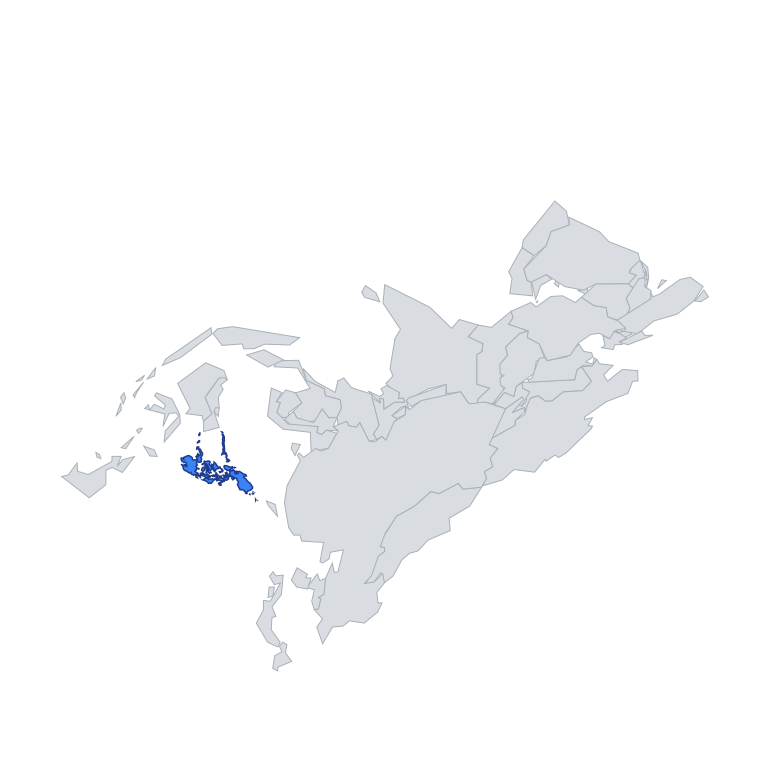 Asia, with Philippines highlighted, rotated 132°
{"feature_id": "PHL", "entity_name": "Philippines", "entity_type": "country or territory", "adm_level": 0, "iso_a3": "PHL", "parent_name": "Asia", "parent_adm1": "", "projection": "albers", "projection_center": [122.681, 12.951], "detail": "fine", "context": "in_parent", "style": "filled", "palette": "blue", "viewbox_px": 768, "rotation_deg": 132, "n_neighbors": 45, "source": "natural_earth", "source_scale": "50m", "svg_char_len": 18589}
<svg xmlns="http://www.w3.org/2000/svg" viewBox="0 0 768 768"><g transform="rotate(132 384 384)"><path d="M393.6,242.5L385.6,244.8L381.9,250.8L372.8,247.9L368.1,255.5L355.9,256.4L358.8,265.2L355.2,268.7L327.3,259.1L323.1,262.1L312.4,259.0L298.2,266.2L289.6,261.8L288.6,252.5L283.8,247.8L270.0,245.7L256.0,232.1L243.3,231.7L239.0,248.8L231.4,241.6L223.4,242.1L224.7,237.4L216.9,226.2L230.3,226.9L232.3,219.8L213.7,216.6L204.3,204.4L211.8,197.3L215.7,201.1L227.7,196.5L248.8,207.1L274.6,212.9L276.2,211.2L269.5,206.6L278.4,204.4L275.8,200.9L278.2,200.1L313.8,202.6L321.8,205.1L322.4,209.4L332.9,211.9L332.1,214.0L348.7,213.0L360.6,230.2L376.2,231.9L393.6,242.5Z" fill="#d9dde1" stroke="#a8b0b8" stroke-width="1"/><path d="M239.0,248.8L243.3,231.7L256.0,232.1L270.0,245.7L283.8,247.8L288.6,252.5L289.6,261.8L296.4,265.8L310.9,260.9L307.6,263.9L319.5,269.6L312.7,271.8L307.2,270.3L308.2,266.8L301.6,266.6L296.6,271.6L292.6,270.5L294.4,278.2L290.6,282.6L253.2,245.2L244.3,250.1L239.0,248.8Z" fill="#d9dde1" stroke="#a8b0b8" stroke-width="1"/><path d="M665.8,526.9L668.5,561.7L663.0,557.8L648.1,559.3L653.9,553.2L649.0,543.1L623.6,534.4L619.8,537.7L613.7,530.9L623.5,527.2L615.0,527.5L604.9,520.9L624.8,519.2L627.8,530.0L634.0,533.0L645.0,523.3L665.8,526.9ZM573.3,564.4L570.2,570.9L564.4,571.5L567.4,566.5L573.3,564.4ZM627.6,552.3L626.8,548.3L628.9,544.5L630.4,548.5L627.6,552.3ZM532.6,493.2L529.3,498.1L538.6,511.3L531.9,511.8L521.7,537.8L487.5,530.7L481.1,512.0L485.6,503.4L490.1,510.5L509.0,508.8L513.7,507.8L521.2,492.0L532.6,493.2ZM590.1,534.7L605.0,532.6L607.2,536.7L590.1,534.7ZM584.1,536.9L580.1,536.0L578.9,533.7L584.8,533.3L584.1,536.9ZM589.6,504.1L594.1,509.7L590.9,521.0L586.7,510.6L589.6,504.1ZM549.5,509.1L574.3,508.5L565.5,515.1L545.4,515.0L544.5,519.2L549.7,524.1L563.5,519.8L552.9,526.8L562.5,545.5L557.1,545.2L560.0,540.8L552.8,541.3L549.8,530.8L545.9,532.4L546.5,546.4L542.8,547.2L537.0,531.6L543.3,515.4L549.5,509.1ZM548.4,570.0L537.7,567.8L543.2,566.8L548.4,570.0ZM543.4,563.9L555.7,562.1L561.0,560.2L560.2,563.1L543.4,563.9ZM531.5,559.9L538.7,563.3L524.5,564.7L531.5,559.9ZM462.2,545.3L500.5,552.9L518.5,561.1L511.6,562.9L457.9,550.2L462.2,545.3ZM449.1,516.2L463.6,530.1L460.9,545.0L454.4,544.7L442.7,534.9L406.0,477.7L418.2,480.3L434.3,499.4L444.6,504.1L451.7,511.8L449.1,516.2Z" fill="#d9dde1" stroke="#a8b0b8" stroke-width="1"/><path d="M574.0,567.0L579.1,561.9L587.3,561.6L574.0,567.0Z" fill="#d9dde1" stroke="#a8b0b8" stroke-width="1"/><path d="M131.8,258.5L125.3,264.1L120.8,275.9L120.8,266.1L128.1,258.2L131.8,258.5Z" fill="#d9dde1" stroke="#a8b0b8" stroke-width="1"/><path d="M137.2,255.2L128.2,258.2L137.1,253.0L137.2,255.2Z" fill="#d9dde1" stroke="#a8b0b8" stroke-width="1"/><path d="M129.0,262.4L124.2,266.6L127.5,261.1L129.0,262.4Z" fill="#d9dde1" stroke="#a8b0b8" stroke-width="1"/><path d="M129.0,262.4L146.1,262.8L146.0,269.6L134.4,269.3L137.4,276.0L125.8,279.4L120.8,275.9L129.0,262.4Z" fill="#d9dde1" stroke="#a8b0b8" stroke-width="1"/><path d="M193.9,329.5L205.9,333.5L219.5,328.1L208.6,343.6L194.1,336.7L193.9,329.5Z" fill="#d9dde1" stroke="#a8b0b8" stroke-width="1"/><path d="M190.8,325.7L191.6,321.7L195.2,319.1L195.5,324.4L190.8,325.7Z" fill="#d9dde1" stroke="#a8b0b8" stroke-width="1"/><path d="M181.7,292.8L184.8,302.2L176.6,296.7L181.7,292.8Z" fill="#d9dde1" stroke="#a8b0b8" stroke-width="1"/><path d="M146.0,269.6L146.1,262.8L158.4,261.2L162.8,252.1L171.5,249.3L180.5,253.4L184.4,262.6L178.7,270.1L185.5,280.5L187.6,295.3L167.6,293.4L146.0,269.6Z" fill="#d9dde1" stroke="#a8b0b8" stroke-width="1"/><path d="M209.9,342.8L219.0,332.5L232.7,351.0L219.7,359.6L217.2,366.5L190.2,372.6L188.0,358.2L204.9,357.1L211.2,347.2L209.9,342.8ZM221.4,325.2L219.0,326.0L220.9,324.6L221.4,325.2Z" fill="#d9dde1" stroke="#a8b0b8" stroke-width="1"/><path d="M449.8,443.9L452.9,432.5L469.3,435.7L472.0,431.9L477.7,438.1L476.7,444.8L467.2,448.6L469.4,452.2L454.1,453.0L449.8,443.9Z" fill="#d9dde1" stroke="#a8b0b8" stroke-width="1"/><path d="M465.0,433.1L452.9,432.5L449.8,443.9L436.8,435.9L429.9,458.9L444.7,477.2L438.9,479.7L423.5,463.3L433.3,444.1L427.4,425.3L431.8,419.7L424.9,406.2L430.2,399.6L440.4,396.5L446.1,402.4L444.0,413.2L455.8,409.7L463.5,415.2L467.5,426.0L465.0,433.1Z" fill="#d9dde1" stroke="#a8b0b8" stroke-width="1"/><path d="M476.7,434.3L465.0,433.1L467.5,426.0L459.8,410.4L444.0,413.2L446.1,402.4L440.4,396.5L449.6,393.1L449.4,386.6L456.8,395.9L463.3,396.4L465.0,401.5L459.9,404.6L476.9,424.7L476.7,434.3Z" fill="#d9dde1" stroke="#a8b0b8" stroke-width="1"/><path d="M440.4,396.5L430.2,399.6L424.9,406.2L431.8,419.7L427.4,425.3L433.3,444.1L426.6,454.6L428.1,436.7L422.9,414.6L412.6,420.4L406.4,417.9L408.5,405.8L399.9,386.4L417.8,360.0L428.3,358.3L430.0,352.0L436.5,356.8L429.0,376.0L434.6,375.6L438.6,382.2L436.7,386.7L446.5,389.0L440.4,396.5Z" fill="#d9dde1" stroke="#a8b0b8" stroke-width="1"/><path d="M458.7,454.1L469.4,452.2L467.2,448.6L476.7,444.8L478.0,428.7L459.9,404.6L465.0,401.5L463.3,396.4L456.8,395.9L452.2,386.0L469.0,382.3L482.7,393.2L469.2,406.4L485.1,428.7L485.8,449.1L462.5,465.1L458.7,454.1Z" fill="#d9dde1" stroke="#a8b0b8" stroke-width="1"/><path d="M598.3,284.8L593.9,292.3L583.5,298.1L586.9,305.0L569.7,306.5L573.0,300.1L567.5,297.4L571.4,294.2L580.1,288.0L586.6,289.6L585.8,287.1L595.1,282.1L598.3,284.8Z" fill="#d9dde1" stroke="#a8b0b8" stroke-width="1"/><path d="M577.0,308.3L587.6,303.7L593.3,312.9L591.7,321.7L578.7,325.6L576.7,313.5L580.4,312.6L577.0,308.3Z" fill="#d9dde1" stroke="#a8b0b8" stroke-width="1"/><path d="M395.4,242.4L417.2,238.6L440.2,245.8L448.6,236.7L470.4,246.8L485.5,247.1L492.7,251.8L503.0,253.0L520.6,248.8L531.5,250.7L526.8,260.1L537.8,258.8L545.9,263.5L515.5,273.1L508.0,271.5L505.3,274.4L507.5,277.8L500.5,281.7L473.8,286.3L454.2,279.6L432.6,277.3L428.4,269.6L408.2,262.3L409.2,255.0L395.4,242.4Z" fill="#d9dde1" stroke="#a8b0b8" stroke-width="1"/><path d="M430.0,352.0L428.3,358.3L417.8,360.0L402.3,383.5L400.5,374.4L397.8,377.7L395.3,374.5L402.6,367.1L390.2,364.0L384.0,356.6L381.7,360.1L385.1,363.5L380.1,366.9L383.1,368.8L382.2,383.0L372.1,382.7L368.6,389.8L342.8,406.3L332.3,408.4L324.6,438.8L309.7,449.9L296.3,401.4L297.4,370.9L285.7,371.2L277.1,353.4L292.5,352.9L287.7,337.3L294.4,332.9L300.1,334.5L322.0,314.8L316.5,302.8L332.2,304.0L337.7,300.5L341.9,307.5L338.6,321.9L349.2,330.9L342.9,337.5L357.9,347.8L381.4,356.5L386.1,347.9L385.9,353.3L390.3,355.9L402.1,356.8L401.0,351.5L424.5,345.0L424.6,350.6L430.0,352.0Z" fill="#d9dde1" stroke="#a8b0b8" stroke-width="1"/><path d="M400.5,374.4L399.8,390.9L396.2,378.7L391.4,377.9L389.6,383.1L383.3,381.0L380.1,366.9L385.1,363.5L381.7,360.1L384.0,356.6L390.2,364.0L402.6,367.1L395.3,374.5L397.8,377.7L400.5,374.4Z" fill="#d9dde1" stroke="#a8b0b8" stroke-width="1"/><path d="M401.0,351.5L402.1,356.8L385.9,353.3L392.8,347.6L401.0,351.5Z" fill="#d9dde1" stroke="#a8b0b8" stroke-width="1"/><path d="M382.8,348.6L381.4,356.5L377.2,356.0L342.9,337.5L351.5,330.0L371.4,345.2L382.8,348.6Z" fill="#d9dde1" stroke="#a8b0b8" stroke-width="1"/><path d="M337.7,300.5L332.2,304.0L316.5,302.8L322.0,314.8L300.1,334.5L294.4,332.9L287.7,337.3L292.5,352.9L277.1,353.4L270.0,342.0L244.9,338.2L248.3,332.4L256.2,331.4L248.0,312.2L255.6,316.9L275.2,318.3L279.8,311.5L292.2,310.9L309.4,289.9L326.1,289.9L330.0,297.0L337.7,300.5Z" fill="#d9dde1" stroke="#a8b0b8" stroke-width="1"/><path d="M275.7,279.5L297.2,284.0L306.4,279.0L309.7,288.7L317.3,286.3L326.1,289.9L306.2,291.5L306.9,296.5L302.1,301.7L297.5,300.6L298.7,304.4L292.2,310.9L279.8,311.5L275.2,318.3L255.6,316.9L248.0,312.2L253.6,308.6L250.3,295.5L256.9,282.7L265.2,286.0L275.7,279.5Z" fill="#d9dde1" stroke="#a8b0b8" stroke-width="1"/><path d="M290.6,282.6L294.4,278.2L292.6,270.5L308.2,266.8L309.2,270.6L301.0,272.6L321.1,277.1L325.5,288.3L309.7,288.7L306.4,279.0L297.2,284.0L290.6,282.6Z" fill="#d9dde1" stroke="#a8b0b8" stroke-width="1"/><path d="M310.9,260.9L323.1,262.1L327.3,259.1L355.2,268.7L321.1,277.1L301.0,272.6L302.1,269.9L319.5,269.6L307.6,263.9L310.9,260.9Z" fill="#d9dde1" stroke="#a8b0b8" stroke-width="1"/><path d="M223.4,242.1L231.4,241.6L236.5,248.4L244.3,250.1L253.2,245.2L285.4,277.2L284.5,280.2L281.2,277.8L261.4,285.8L256.9,282.7L257.5,278.4L241.3,266.2L223.9,266.0L226.1,257.4L221.9,250.6L224.1,246.9L232.7,248.9L229.5,242.1L224.0,245.5L223.4,242.1Z" fill="#d9dde1" stroke="#a8b0b8" stroke-width="1"/><path d="M187.6,295.3L185.5,280.5L178.7,270.1L184.4,262.6L179.2,248.7L180.8,241.5L189.3,247.8L199.5,246.5L202.1,257.7L208.8,263.5L223.2,267.0L238.0,264.9L257.5,278.4L250.3,295.5L253.6,308.6L248.0,312.2L256.2,331.4L248.3,332.4L244.9,338.2L225.2,329.4L224.8,322.4L207.2,318.5L199.0,310.3L195.5,296.4L187.6,295.3Z" fill="#d9dde1" stroke="#a8b0b8" stroke-width="1"/><path d="M130.4,261.1L137.2,255.2L135.9,248.1L142.2,242.6L169.2,249.5L162.8,252.1L158.4,261.2L135.0,265.0L130.4,261.1Z" fill="#d9dde1" stroke="#a8b0b8" stroke-width="1"/><path d="M191.1,248.2L180.0,236.9L180.9,232.9L189.6,237.1L191.1,248.2Z" fill="#d9dde1" stroke="#a8b0b8" stroke-width="1"/><path d="M180.5,253.4L142.2,242.6L137.8,246.5L139.2,242.5L132.7,239.4L108.3,234.0L99.7,227.8L98.1,212.0L115.2,209.3L136.0,212.9L156.4,225.6L177.1,229.2L184.5,241.2L180.8,241.5L180.5,253.4ZM102.1,201.1L110.9,203.6L114.2,208.5L100.2,209.1L102.1,201.1Z" fill="#d9dde1" stroke="#a8b0b8" stroke-width="1"/><path d="M332.6,456.3L330.8,462.0L323.2,463.6L321.7,450.7L325.7,442.1L332.6,456.3Z" fill="#d9dde1" stroke="#a8b0b8" stroke-width="1"/><path d="M489.2,412.4L485.0,405.6L496.7,402.2L493.9,410.0L489.2,412.4ZM321.1,277.1L358.8,265.2L355.9,256.4L368.1,255.5L372.8,247.9L381.9,250.8L385.6,244.8L395.4,242.4L409.2,255.0L408.2,262.3L428.4,269.6L432.6,277.3L454.2,279.6L473.8,286.3L494.7,283.1L507.5,277.8L505.3,274.4L508.0,271.5L515.5,273.1L534.7,265.1L545.4,265.1L537.8,258.8L525.6,258.2L531.5,250.7L543.8,249.8L550.6,242.2L548.1,238.9L557.7,236.1L574.9,238.7L583.2,251.3L591.4,252.5L599.1,259.6L618.1,255.8L609.6,271.3L599.7,272.5L598.3,284.8L595.1,282.1L585.8,287.1L586.6,289.6L580.1,288.0L567.5,297.4L551.7,302.6L557.2,295.0L554.7,292.4L534.4,303.2L545.0,311.3L550.6,307.8L558.1,309.9L558.9,312.6L542.1,322.9L555.8,339.9L552.5,345.4L556.7,349.9L554.6,358.6L538.8,378.6L524.1,388.1L497.0,394.8L494.9,400.7L492.0,400.8L492.2,394.6L477.5,391.5L476.1,385.9L469.0,382.3L449.4,386.6L449.6,393.1L436.7,386.7L438.6,382.2L434.6,375.6L429.0,376.0L436.5,356.8L433.0,351.9L424.6,350.6L424.5,345.0L405.2,351.3L392.8,347.6L385.9,352.2L386.1,347.9L371.4,345.2L338.6,321.9L341.9,307.5L330.0,297.0L321.1,277.1Z" fill="#d9dde1" stroke="#a8b0b8" stroke-width="1"/><path d="M553.6,374.6L551.8,388.5L549.6,393.1L546.3,384.2L553.6,374.6Z" fill="#d9dde1" stroke="#a8b0b8" stroke-width="1"/><path d="M195.1,233.4L200.6,238.7L205.1,236.7L211.4,246.5L207.5,245.7L201.6,253.7L199.5,246.5L191.1,248.2L188.5,241.5L187.5,234.2L194.4,237.3L195.1,233.4ZM189.3,247.8L186.3,246.1L184.5,241.2L188.5,243.7L189.3,247.8Z" fill="#d9dde1" stroke="#a8b0b8" stroke-width="1"/><path d="M167.7,216.7L191.7,229.1L195.2,236.9L172.1,227.8L173.3,222.6L167.7,216.7Z" fill="#d9dde1" stroke="#a8b0b8" stroke-width="1"/><path d="M433.3,474.8L449.0,481.4L454.4,505.5L438.9,496.1L433.3,474.8ZM532.6,493.2L521.2,492.0L513.7,507.8L490.1,510.5L486.3,507.2L485.6,503.4L494.1,504.7L495.5,500.0L504.8,498.2L511.9,490.5L518.3,491.8L526.4,477.4L540.0,486.2L532.6,493.2Z" fill="#d9dde1" stroke="#a8b0b8" stroke-width="1"/><path d="M519.1,485.5L518.3,491.8L514.4,493.4L511.9,490.5L519.1,485.5Z" fill="#d9dde1" stroke="#a8b0b8" stroke-width="1"/><path d="M653.8,297.7L647.2,318.8L632.3,322.5L625.5,328.9L621.6,323.1L601.3,327.7L606.5,331.4L603.5,340.5L597.8,340.8L598.9,336.0L593.5,331.0L609.2,319.3L624.4,318.2L629.1,308.8L632.5,311.0L642.1,303.4L645.4,288.3L650.5,287.0L653.8,297.7ZM665.2,273.4L668.4,271.1L669.9,276.3L659.0,283.4L651.2,280.7L649.0,286.1L643.6,286.6L642.6,281.8L649.8,277.3L651.9,267.0L665.2,273.4ZM608.3,329.6L615.8,324.6L620.3,327.3L611.7,333.5L608.3,329.6Z" fill="#d9dde1" stroke="#a8b0b8" stroke-width="1"/><path d="M188.0,358.2L190.2,372.6L183.7,376.9L133.7,379.4L133.6,364.1L141.6,352.6L159.1,361.8L172.7,356.0L188.0,358.2Z" fill="#d9dde1" stroke="#a8b0b8" stroke-width="1"/><path d="M120.7,276.7L134.1,277.7L137.4,276.0L134.4,269.3L146.0,269.6L167.6,293.4L180.8,298.5L190.5,314.5L194.1,336.7L209.9,342.8L211.2,347.2L204.9,357.1L172.7,356.0L159.1,361.8L141.6,352.6L136.4,358.3L126.7,325.8L127.8,312.1L116.8,282.8L120.7,276.7Z" fill="#d9dde1" stroke="#a8b0b8" stroke-width="1"/><path d="M130.1,244.6L120.7,247.3L118.3,243.4L130.1,244.6Z" fill="#d9dde1" stroke="#a8b0b8" stroke-width="1"/><path d="M551.3,411.9L555.3,413.7L556.3,413.5L556.9,412.6L557.5,412.8L557.8,413.5L557.0,415.0L556.9,417.2L557.3,418.5L558.2,419.3L558.3,420.0L558.9,420.3L556.8,425.6L554.9,426.2L553.9,427.0L553.9,428.5L552.8,430.4L554.4,433.7L554.0,434.1L554.0,434.6L554.8,437.0L555.5,437.8L557.2,438.3L557.6,437.9L557.1,437.1L558.7,436.1L559.4,436.1L561.1,436.8L561.8,438.1L562.0,439.3L562.7,439.3L563.1,438.8L562.9,438.0L563.2,437.6L563.8,438.1L565.9,438.8L566.1,439.0L565.9,439.5L564.5,439.9L565.9,442.0L565.8,442.9L567.7,443.3L567.3,446.0L566.3,445.3L566.6,444.0L564.9,444.0L563.2,443.3L563.1,442.3L562.4,441.1L560.7,440.1L559.3,438.4L558.6,438.6L558.8,439.8L559.7,441.3L559.7,442.1L559.3,442.5L558.1,440.6L556.4,439.1L554.8,438.3L553.3,438.8L552.5,439.9L551.1,439.7L549.7,438.5L549.1,438.4L548.6,439.0L548.5,436.8L550.2,435.1L550.3,434.2L548.4,432.9L548.4,435.1L547.6,435.3L546.6,433.4L545.7,433.0L544.7,427.5L544.0,426.5L544.1,425.1L544.4,424.7L546.1,426.3L547.3,425.9L546.9,422.9L547.5,421.2L547.6,418.8L547.3,417.3L548.6,412.5L549.8,411.9L551.3,411.9ZM578.1,464.2L579.2,464.4L579.2,465.3L579.8,466.3L579.9,466.9L578.9,468.3L580.2,468.9L580.7,470.5L580.6,472.6L581.4,473.4L581.5,475.8L580.7,477.2L579.4,478.1L579.6,478.7L579.4,481.1L578.5,478.2L577.3,475.4L576.5,475.8L574.8,479.1L576.0,480.3L576.5,481.6L576.5,483.0L575.3,484.8L574.7,485.2L574.1,484.3L574.0,482.5L572.9,483.7L572.3,483.6L568.3,481.7L567.6,480.7L567.0,477.4L568.2,475.9L568.2,475.1L566.9,473.6L565.2,472.8L564.3,472.8L563.7,475.1L562.5,474.4L562.0,473.5L561.4,474.3L560.6,474.4L560.3,473.3L559.4,473.1L558.6,473.8L556.7,477.7L555.7,477.6L555.4,477.0L555.5,476.3L556.2,475.3L556.7,472.8L557.3,472.1L558.1,471.5L561.0,470.9L561.5,470.5L561.8,469.3L563.4,468.6L563.9,467.8L565.3,468.3L566.2,469.3L566.4,470.7L565.7,471.4L566.0,471.5L568.2,470.5L569.3,468.4L570.5,468.8L571.1,468.6L571.4,466.8L571.9,466.2L573.4,466.8L573.7,465.9L575.4,466.0L575.5,465.3L574.8,462.3L575.2,461.8L577.4,463.1L578.1,464.2ZM562.2,465.8L561.5,465.8L560.8,464.3L559.1,463.4L558.2,462.2L558.2,461.5L558.6,460.7L559.9,460.6L560.7,460.0L560.5,457.7L561.3,456.6L561.4,455.5L562.9,454.9L564.3,455.3L564.6,456.1L562.4,461.3L562.3,462.7L563.3,464.6L562.2,465.8ZM573.7,446.2L574.2,447.3L575.4,448.0L574.9,449.4L575.2,451.4L575.8,452.9L575.6,453.4L576.3,453.8L576.5,454.5L575.9,454.0L573.8,454.0L572.7,452.9L572.0,451.6L572.4,450.5L571.8,450.4L570.7,449.0L569.4,448.3L568.6,446.0L570.0,446.2L573.2,445.9L573.7,446.2ZM556.2,449.8L559.4,451.7L560.6,451.5L561.1,451.9L560.9,452.4L562.3,451.8L562.1,453.2L561.6,454.2L560.4,454.9L560.2,455.9L558.9,456.6L557.1,457.0L555.7,458.0L555.8,455.6L556.3,454.3L556.6,451.2L556.4,450.8L555.4,450.4L555.5,450.0L556.2,449.8ZM533.7,466.6L529.4,469.4L530.1,467.4L533.2,464.5L534.4,464.0L539.6,458.4L540.7,457.7L541.2,456.5L540.9,455.6L541.2,454.9L542.3,452.8L542.5,453.0L542.4,455.0L543.2,457.6L541.5,458.5L540.5,460.0L538.2,460.8L538.1,461.7L536.2,464.5L534.5,465.3L533.7,466.6ZM547.3,440.6L550.5,440.8L551.2,441.4L551.7,441.1L553.4,442.8L553.1,443.9L553.5,445.6L552.7,447.5L551.8,448.0L551.2,447.8L550.1,446.3L548.7,442.6L547.9,442.0L547.6,441.3L547.0,441.2L547.3,440.6ZM568.8,451.8L570.5,453.1L571.5,452.5L572.1,452.7L572.6,453.6L572.6,456.0L573.4,456.8L574.0,458.7L573.3,458.9L573.3,459.4L572.4,458.4L572.7,460.3L571.3,459.5L571.1,458.0L571.3,456.0L570.6,455.0L569.4,455.3L568.8,451.8ZM564.2,462.8L563.3,463.7L563.2,463.4L563.6,460.7L565.4,457.8L567.2,453.3L567.0,458.2L565.4,459.8L564.2,462.8ZM570.3,461.7L569.0,462.6L567.7,462.7L566.7,462.6L566.0,461.5L568.0,459.7L568.9,459.6L570.2,460.3L570.3,461.7ZM564.5,446.7L566.4,448.2L567.2,449.4L567.2,450.6L565.5,449.5L565.5,449.2L564.1,448.0L562.3,449.6L562.9,447.0L562.8,445.9L564.5,446.7ZM569.2,438.6L568.7,440.3L567.9,440.5L567.1,439.8L567.6,439.1L567.6,438.0L568.1,437.4L569.2,438.6ZM556.4,480.6L555.7,480.7L554.8,479.6L555.0,479.3L556.2,478.8L557.7,479.6L556.4,480.6ZM545.6,448.2L546.3,447.9L546.9,448.7L546.8,449.1L545.1,449.1L544.3,448.0L544.4,447.4L545.6,448.2ZM555.3,440.4L556.6,440.9L556.7,441.5L556.0,442.4L555.1,441.7L555.3,440.4ZM550.5,482.4L551.5,483.0L552.5,483.0L552.6,483.3L551.9,483.7L551.5,483.3L549.9,483.6L549.6,483.2L550.5,482.4ZM576.4,460.9L575.3,459.7L575.4,458.7L576.2,457.9L576.4,460.9ZM556.8,445.5L556.1,448.6L555.6,447.3L556.0,445.8L556.8,445.5ZM546.0,487.1L545.7,487.6L545.3,487.3L544.4,488.1L543.6,488.1L543.7,487.8L545.6,486.7L546.0,487.1ZM556.2,432.2L555.9,432.9L556.2,433.6L555.7,434.2L555.2,432.0L556.2,432.2ZM559.6,457.8L558.9,458.1L558.9,457.1L559.8,456.3L560.0,456.8L559.6,457.8ZM545.2,450.8L544.7,450.9L544.3,449.4L545.2,449.6L545.2,450.8ZM570.3,452.0L569.6,452.1L568.9,451.1L569.8,450.9L570.3,452.0ZM559.7,446.8L559.3,447.6L558.3,446.6L559.3,446.4L559.7,446.8ZM578.4,461.7L578.0,461.3L578.5,460.0L579.0,461.5L578.4,461.7ZM561.7,442.9L563.5,445.2L561.2,443.2L561.7,442.9ZM545.0,457.2L543.8,457.8L543.7,457.3L544.1,456.8L545.0,457.2ZM565.1,464.6L565.4,465.4L564.9,465.5L564.2,465.0L565.1,464.6ZM564.9,445.4L565.7,447.1L564.7,445.6L564.9,445.4ZM528.5,471.0L528.2,472.5L527.9,472.0L528.1,471.1L528.5,471.0ZM571.5,465.3L571.4,465.6L570.7,465.3L570.7,464.8L571.1,464.7L571.5,465.3ZM577.1,476.6L577.0,477.8L576.5,476.9L576.7,476.2L577.1,476.6ZM546.6,439.3L546.6,439.6L545.7,439.1L545.7,438.7L546.6,439.3ZM573.8,459.8L574.1,460.8L573.3,459.6L573.8,459.8ZM556.0,410.0L555.2,410.6L555.8,409.7L556.0,410.0ZM555.8,436.6L557.0,437.9L555.8,437.0L555.8,436.6ZM553.6,407.7L553.6,408.2L552.8,407.7L553.6,407.7ZM544.2,451.8L544.1,452.6L543.5,452.3L543.5,452.1L544.2,451.8ZM560.5,475.0L561.2,475.4L560.4,475.6L560.5,475.0ZM571.7,451.4L571.6,451.7L571.3,451.5L571.0,450.8L571.7,451.4ZM565.6,453.2L566.0,454.0L565.5,454.0L565.4,453.4L565.6,453.2ZM530.1,470.3L529.7,470.4L529.7,469.7L530.1,469.8L530.1,470.3ZM577.9,462.7L577.7,462.5L577.9,461.7L578.0,462.2L577.9,462.7ZM551.9,408.7L552.1,409.6L551.8,409.1L551.9,408.7ZM556.3,401.5L555.7,402.1L555.8,401.6L556.3,401.5ZM555.3,399.4L555.2,400.2L555.3,399.4ZM569.1,456.9L568.6,457.1L568.8,456.5L569.1,456.9ZM557.6,445.9L557.4,446.4L557.5,445.9L557.6,445.9Z" fill="#3b82f6" stroke="#1e3a8a" stroke-width="1.5"/></g></svg>